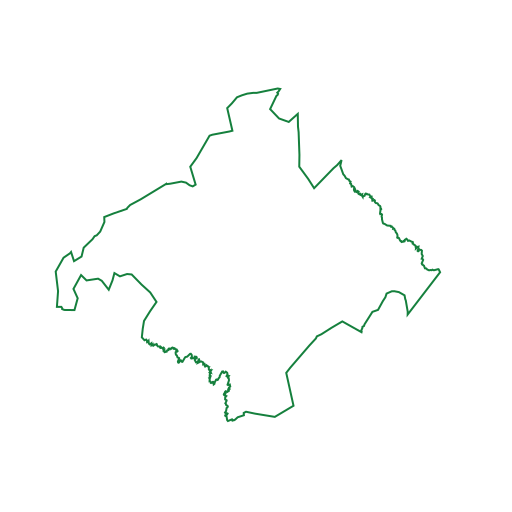 outline of Mežvidu pag., Karsavas, Latvia, rotated 297°
{"feature_id": "27541924B97990803808017", "entity_name": "Mežvidu pag.", "entity_type": "district", "adm_level": 2, "iso_a3": "LVA", "parent_name": "Latvia", "parent_adm1": "Karsavas", "projection": "natural_earth1", "projection_center": [27.562, 56.699], "detail": "fine", "context": "isolated", "style": "outline", "palette": "green", "viewbox_px": 512, "rotation_deg": 297, "n_neighbors": 0, "source": "geoboundaries", "source_scale": "gbopen_adm2", "svg_char_len": 6150}
<svg xmlns="http://www.w3.org/2000/svg" viewBox="0 0 512 512"><g transform="rotate(297 256 256)"><path d="M272.7,417.7L325.1,427.4L326.9,425.0L327.1,424.6L326.9,424.2L324.4,421.4L324.0,420.8L323.9,419.4L323.1,419.0L322.7,417.8L321.8,416.7L321.7,414.6L322.2,413.4L321.7,412.1L323.6,410.1L323.7,408.9L324.1,408.3L323.9,407.8L324.6,407.0L328.4,406.7L329.0,405.7L328.8,404.9L331.7,404.6L333.0,402.7L336.1,401.4L336.4,400.4L335.5,398.2L334.9,398.1L334.2,398.6L333.8,398.3L333.9,397.7L334.7,397.4L336.4,397.7L337.1,396.7L338.1,396.5L337.7,396.0L335.4,395.1L336.7,394.6L336.7,394.1L337.3,394.1L337.9,392.3L337.8,391.2L338.2,390.6L338.2,389.9L339.2,389.7L339.7,389.2L339.4,388.5L339.4,385.5L338.5,384.6L339.4,383.2L339.6,382.1L338.6,381.8L338.1,381.3L336.5,381.7L336.0,381.2L336.2,380.6L335.4,380.4L334.6,379.4L335.2,378.7L334.9,378.2L335.2,377.4L336.9,375.2L336.8,374.2L336.4,373.8L336.8,373.3L337.4,373.4L339.0,372.4L340.0,371.3L340.6,369.8L341.9,368.6L342.2,367.5L343.1,366.8L343.0,366.1L342.7,365.8L343.1,365.7L343.5,364.9L343.5,364.1L343.9,363.6L343.4,362.8L344.0,362.2L342.7,359.0L343.0,355.9L342.7,354.8L343.0,354.1L345.9,351.6L347.3,350.9L348.0,350.1L350.1,349.5L350.4,348.8L349.7,347.7L350.2,347.2L353.6,346.0L354.6,346.3L354.9,346.0L354.6,345.4L356.5,344.4L356.9,343.8L357.0,342.1L358.0,340.6L358.0,339.9L357.6,338.9L357.9,337.7L358.6,337.0L359.2,336.9L359.6,336.2L358.1,334.6L359.0,333.9L360.0,334.0L360.1,331.8L360.7,332.4L361.5,332.0L361.0,330.7L362.2,329.1L361.6,327.7L361.7,326.7L361.2,326.3L361.5,325.5L361.0,325.2L358.9,325.4L357.7,324.1L357.1,324.3L357.9,323.0L359.2,322.6L358.0,321.6L358.8,320.6L358.4,320.1L357.9,320.1L357.9,319.2L358.4,318.5L359.9,318.3L360.1,317.0L358.6,316.5L358.6,316.0L359.6,314.9L358.5,315.1L358.2,314.8L359.0,313.6L360.2,312.8L361.2,312.8L361.9,312.2L362.2,310.5L361.3,309.7L363.4,308.0L363.4,306.9L365.2,306.5L365.3,305.1L366.3,304.0L366.1,303.1L366.2,300.8L367.8,298.4L368.4,296.7L374.6,290.1L380.3,288.7L373.7,287.0L369.4,285.2L342.8,277.0L348.4,267.5L355.2,254.0L365.8,248.8L385.6,237.8L390.3,234.7L401.6,228.7L390.3,224.3L389.0,214.1L393.3,201.9L407.9,201.5L409.2,202.1L410.6,202.0L411.2,200.8L412.9,201.4L415.8,201.7L415.1,199.3L401.7,182.6L400.2,179.6L396.7,174.5L392.9,170.6L388.8,167.0L381.0,165.2L374.7,163.2L356.9,178.1L354.8,175.7L344.2,162.0L342.1,160.0L316.3,158.6L305.7,156.9L292.2,169.8L289.3,168.0L288.9,164.7L289.6,160.3L288.4,155.7L281.5,146.8L279.1,143.2L279.3,143.1L254.1,127.5L244.3,120.7L240.5,119.5L239.3,119.5L229.3,109.8L221.8,103.1L217.5,105.5L207.0,106.1L202.1,104.7L200.4,103.2L196.7,102.7L185.2,98.7L176.3,100.8L168.8,96.2L175.6,89.4L174.1,89.1L167.1,85.3L151.2,84.6L134.8,95.6L120.3,101.7L122.3,105.7L121.4,107.1L120.7,107.4L120.9,109.7L125.4,118.8L137.4,116.3L143.8,108.3L159.6,108.8L157.3,116.1L164.1,125.6L163.9,129.8L159.1,140.1L169.1,139.2L176.5,137.6L176.1,144.0L181.4,149.3L183.1,153.6L178.6,166.9L175.5,178.3L169.9,188.2L158.8,186.7L147.3,185.7L139.8,188.1L131.7,191.2L130.3,194.9L131.7,196.1L131.2,197.2L129.8,198.1L130.4,198.6L131.6,198.8L129.3,200.3L129.0,201.5L130.8,202.4L129.0,203.4L130.2,204.0L129.4,204.3L129.4,205.2L131.4,206.2L131.5,207.0L132.4,207.4L132.3,207.8L131.6,208.0L130.9,209.7L131.7,211.4L130.8,212.1L130.7,212.6L131.1,213.0L131.7,212.8L131.3,214.1L131.5,214.8L133.2,215.4L130.9,215.5L130.6,216.0L131.2,216.2L131.3,216.7L129.5,216.7L129.5,217.2L128.8,218.2L129.4,218.9L130.0,218.9L130.2,219.8L131.6,219.7L132.2,220.5L133.5,220.2L134.0,220.4L134.2,220.7L133.8,221.7L134.7,222.0L134.9,222.6L135.8,222.6L136.5,223.1L136.6,224.2L135.9,224.7L136.0,225.1L136.8,225.5L136.4,226.3L136.7,227.7L135.7,229.3L135.3,229.2L135.4,228.5L135.0,228.1L134.4,228.5L133.7,228.1L132.5,228.8L131.7,229.5L131.5,230.6L130.0,232.1L130.2,233.6L130.0,234.0L126.6,234.3L126.0,234.7L125.7,235.3L126.2,235.8L128.9,236.1L129.0,236.4L128.1,238.0L128.3,238.5L133.3,238.8L133.9,239.0L135.1,240.4L138.9,241.7L139.3,242.3L138.7,243.6L137.0,244.7L135.6,244.3L135.3,244.9L137.2,247.5L138.5,247.0L139.1,248.6L138.8,249.2L138.2,249.5L136.4,248.6L135.6,248.6L134.0,250.8L134.3,251.4L135.7,252.1L136.6,252.2L137.8,251.8L138.1,252.2L137.3,252.8L134.6,252.9L137.1,254.8L137.2,255.3L137.2,257.2L135.7,258.0L136.4,258.4L136.6,259.0L135.3,259.6L134.4,260.9L135.2,261.5L135.6,261.2L136.2,261.3L135.9,263.6L135.5,264.0L135.6,264.4L135.2,264.3L134.7,264.9L133.5,265.5L133.0,266.7L133.6,267.2L132.7,267.4L133.2,267.9L132.4,267.8L131.7,268.6L131.7,267.8L131.1,267.5L130.6,268.5L130.1,268.4L128.2,269.1L128.2,269.4L128.7,269.6L128.5,270.1L127.5,270.2L127.3,269.8L126.6,270.3L126.0,269.8L125.6,270.5L123.5,271.4L123.3,271.5L123.6,271.9L123.3,272.7L122.4,273.3L122.4,273.6L123.1,274.0L123.2,274.5L124.2,274.6L124.5,275.1L124.4,275.5L123.7,275.7L122.4,276.6L123.2,277.0L124.4,276.6L127.7,276.6L128.0,276.8L128.0,277.9L128.6,278.3L129.5,278.1L131.6,278.6L132.8,278.1L137.7,278.3L138.2,279.0L137.3,279.9L137.2,280.5L137.4,280.8L138.0,280.8L138.3,281.4L139.2,281.6L138.9,283.3L137.3,284.6L136.4,284.2L135.8,284.3L136.6,286.1L135.1,285.8L134.9,286.1L135.4,286.6L134.6,286.9L134.3,287.5L133.7,287.9L132.8,288.4L128.4,289.1L128.3,289.7L129.6,291.0L128.0,292.3L126.5,291.7L126.0,292.3L125.9,291.9L124.6,291.7L124.0,292.0L124.6,292.3L124.5,292.6L123.4,293.0L123.1,292.6L122.0,292.3L121.8,290.4L120.9,290.1L120.0,290.3L120.7,291.1L119.3,291.3L118.9,291.2L119.3,290.6L118.9,290.1L118.0,290.2L117.6,290.8L117.7,293.1L116.1,292.7L114.2,293.6L114.1,295.3L113.8,295.5L110.8,295.6L110.6,296.3L109.8,296.8L109.7,297.8L109.3,299.1L108.4,299.3L107.2,298.8L104.4,299.7L102.4,299.5L102.2,300.1L102.7,301.4L102.7,302.2L101.8,302.2L100.0,300.9L99.6,301.3L99.8,302.5L96.7,304.8L96.2,305.9L99.5,308.7L98.6,309.6L98.7,310.0L99.5,310.3L99.8,311.1L100.8,311.7L104.0,312.9L108.6,317.5L110.6,316.3L112.7,317.8L115.1,326.7L121.2,345.8L139.6,357.4L165.6,336.0L171.9,337.2L200.5,344.2L209.7,346.8L212.0,346.7L216.0,349.8L226.2,355.8L236.9,362.6L236.0,384.6L236.8,384.4L237.4,383.6L239.9,383.5L241.3,383.0L242.7,384.0L244.3,383.7L259.1,385.1L263.4,389.2L273.4,389.5L278.0,390.0L281.8,389.4L286.2,393.0L287.4,395.2L288.7,399.7L288.4,406.2L285.4,408.5L284.3,409.7L275.2,416.5L272.7,417.7Z" fill="none" stroke="#15803d" stroke-width="2"/></g></svg>